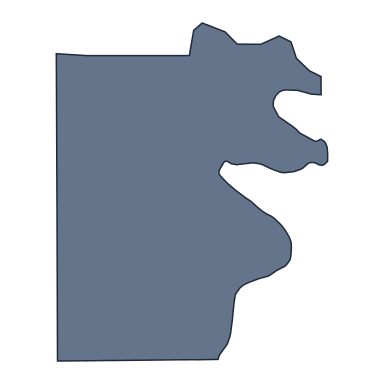 outline of Pemiscot, Missouri, United States of America
{"feature_id": "52423323B55965688418648", "entity_name": "Pemiscot", "entity_type": "district", "adm_level": 2, "iso_a3": "USA", "parent_name": "United States of America", "parent_adm1": "Missouri", "projection": "mercator", "projection_center": [-89.66, 36.213], "detail": "fine", "context": "isolated", "style": "filled", "palette": "slate", "viewbox_px": 384, "rotation_deg": 0, "n_neighbors": 0, "source": "geoboundaries", "source_scale": "gbopen_adm2", "svg_char_len": 1519}
<svg xmlns="http://www.w3.org/2000/svg" viewBox="0 0 384 384"><path d="M56.3,53.7L57.0,210.0L57.5,361.0L94.4,360.7L94.5,360.7L97.5,360.6L110.8,360.5L111.1,360.5L111.4,360.5L115.0,360.5L177.8,359.8L178.0,359.8L198.5,359.7L198.6,359.8L201.4,359.7L218.1,359.4L218.9,356.2L220.2,353.9L227.3,344.1L229.7,337.2L230.6,333.4L232.4,319.5L234.0,303.3L235.2,295.3L235.9,293.6L240.0,287.9L243.7,284.8L249.4,282.2L258.7,278.7L268.1,276.1L270.1,275.1L276.5,270.6L284.9,266.2L286.8,264.4L289.9,260.1L290.5,258.1L291.1,253.5L291.4,246.8L291.0,242.0L289.6,237.8L285.5,230.7L281.6,225.5L274.5,218.5L270.9,216.0L267.3,214.3L262.6,211.4L257.6,207.4L251.2,201.5L245.3,197.6L235.5,190.2L232.0,187.2L227.2,183.1L222.7,178.4L219.6,174.8L219.1,173.9L218.9,172.7L219.1,171.3L220.2,168.5L222.6,164.6L223.4,162.8L225.5,161.1L228.0,161.7L231.2,163.7L236.4,164.7L252.7,162.8L259.3,163.7L262.7,164.8L270.6,168.6L279.0,171.8L281.9,172.5L284.6,172.7L294.1,171.6L300.4,169.4L302.7,168.2L308.3,163.3L310.1,162.6L312.8,162.5L315.6,163.0L318.6,164.7L321.2,165.3L323.2,165.0L324.7,164.2L327.6,161.3L327.7,154.0L327.1,147.1L325.7,143.4L324.6,141.7L321.2,139.3L320.1,139.3L318.4,140.6L315.2,141.4L299.8,133.1L296.0,129.1L292.6,126.4L278.6,116.7L273.8,107.5L273.2,105.7L273.5,100.5L276.0,95.4L279.3,91.9L282.5,90.5L285.7,89.9L297.8,90.4L311.2,94.1L321.1,94.8L321.0,76.5L309.5,70.9L296.4,58.3L291.0,41.9L279.1,36.0L260.8,44.3L237.1,44.1L225.1,31.9L202.2,23.0L193.7,30.3L189.3,55.6L86.7,55.6L56.3,53.7Z" fill="#64748b" stroke="#1e293b" stroke-width="1.5"/></svg>